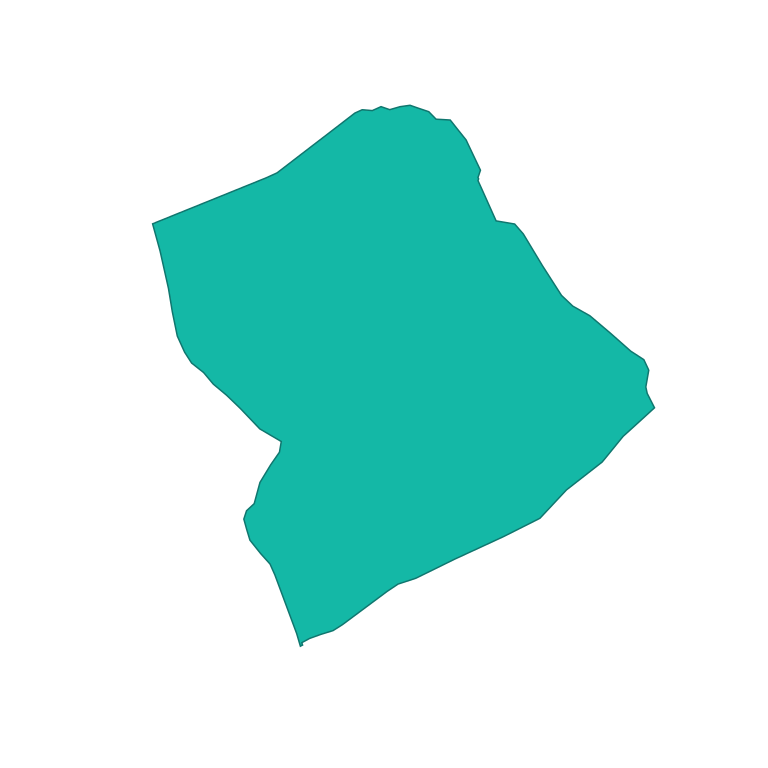 outline of Um Durein, South Kordufan, Sudan, rotated 196°
{"feature_id": "16777658B25432504907328", "entity_name": "Um Durein", "entity_type": "district", "adm_level": 2, "iso_a3": "SDN", "parent_name": "Sudan", "parent_adm1": "South Kordufan", "projection": "equal_earth", "projection_center": [30.166, 10.926], "detail": "fine", "context": "isolated", "style": "filled", "palette": "teal", "viewbox_px": 768, "rotation_deg": 196, "n_neighbors": 0, "source": "geoboundaries", "source_scale": "gbopen_adm2", "svg_char_len": 1383}
<svg xmlns="http://www.w3.org/2000/svg" viewBox="0 0 768 768"><g transform="rotate(196 384 384)"><path d="M372.3,641.2L383.3,649.0L384.7,650.0L393.1,656.0L400.4,654.4L406.9,652.9L416.0,658.1L427.2,658.6L435.8,659.1L445.0,655.0L454.1,649.3L463.3,649.8L468.7,645.2L469.1,644.9L470.6,643.6L478.7,642.0L480.6,641.6L486.7,636.4L502.7,614.7L510.0,604.8L518.3,593.6L526.3,582.8L544.9,557.6L546.7,556.0L555.2,548.8L558.2,546.5L606.9,508.4L628.4,491.6L648.2,476.1L648.3,475.9L649.9,474.7L650.4,474.4L650.6,474.2L635.9,450.1L617.5,416.4L607.4,395.1L595.9,373.1L584.4,359.6L574.7,351.1L560.6,345.3L548.0,336.8L532.2,329.8L515.4,320.9L491.0,306.6L466.9,300.4L465.7,289.6L470.6,275.3L476.1,255.2L475.8,233.2L481.2,224.3L481.5,215.5L475.8,206.2L469.8,196.9L455.7,186.9L443.9,179.5L436.2,170.3L399.2,120.1L392.1,108.9L391.1,109.9L390.3,110.6L391.7,112.7L385.4,118.9L375.7,125.9L365.0,132.9L357.7,141.1L323.9,185.4L315.4,195.5L299.8,206.1L267.9,235.0L227.1,270.2L197.1,297.9L179.4,332.5L152.8,369.1L149.2,377.4L139.7,399.6L131.5,412.8L117.4,435.7L128.4,447.5L131.5,453.3L133.3,470.2L133.9,470.9L134.1,471.2L140.9,479.0L155.9,483.6L179.6,494.9L204.8,506.3L224.0,510.9L237.8,518.1L264.2,541.3L291.4,566.6L302.5,573.8L321.2,571.7L343.4,598.0L349.7,605.4L349.6,607.3L350.6,608.4L350.4,611.3L350.3,614.2L350.2,616.1L370.5,639.1L372.3,641.2Z" fill="#14b8a6" stroke="#0f766e" stroke-width="1.5"/></g></svg>